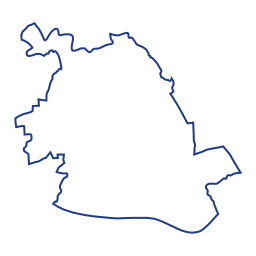 outline of Go Cong Tay, Tiền Giang, Vietnam
{"feature_id": "81297802B95643835690721", "entity_name": "Go Cong Tay", "entity_type": "district", "adm_level": 2, "iso_a3": "VNM", "parent_name": "Vietnam", "parent_adm1": "Tiền Giang", "projection": "orthographic", "projection_center": [106.581, 10.355], "detail": "fine", "context": "isolated", "style": "outline", "palette": "blue", "viewbox_px": 256, "rotation_deg": 0, "n_neighbors": 0, "source": "geoboundaries", "source_scale": "gbopen_adm2", "svg_char_len": 5530}
<svg xmlns="http://www.w3.org/2000/svg" viewBox="0 0 256 256"><path d="M21.2,35.1L21.4,36.8L21.5,38.2L21.6,38.9L22.0,40.0L23.3,40.3L24.3,40.7L27.1,42.2L28.4,43.2L29.4,44.0L31.3,46.2L32.4,47.4L32.4,47.6L32.3,47.8L27.7,50.9L27.3,51.3L27.0,51.7L26.8,52.2L26.6,53.2L26.6,53.7L26.9,54.7L27.2,55.2L27.7,55.7L28.3,55.9L28.9,56.0L30.2,55.8L31.6,55.6L35.8,54.1L37.4,53.9L39.4,53.9L41.0,54.3L42.1,54.8L43.4,55.6L44.1,55.9L44.4,55.6L44.7,55.1L46.0,54.4L46.9,53.5L47.1,53.4L48.3,53.6L48.7,53.1L48.9,52.2L49.2,51.7L49.4,51.4L50.1,50.8L50.5,50.6L52.2,50.5L52.4,50.4L53.4,52.1L55.3,51.2L56.6,52.4L57.4,53.6L58.2,54.9L58.9,56.7L59.9,60.0L60.6,63.4L61.3,67.9L61.2,69.0L60.3,68.8L60.0,68.8L59.1,69.2L58.8,69.5L58.2,70.6L56.7,71.7L55.8,72.9L55.2,73.2L54.5,73.5L53.9,73.8L53.2,75.1L52.6,75.7L52.4,76.3L52.4,77.0L52.6,77.8L52.6,78.5L50.5,82.5L48.5,90.2L46.9,93.0L46.5,95.2L46.4,100.5L43.3,100.2L38.5,99.4L38.9,105.7L32.9,106.0L32.5,111.1L30.5,112.1L27.7,113.0L24.6,113.8L22.3,114.5L18.4,116.4L16.2,117.8L15.4,118.5L15.4,119.6L15.5,121.9L16.2,127.1L21.4,126.1L22.8,126.0L23.9,126.0L24.1,126.2L24.2,126.6L24.3,127.2L24.5,134.5L28.3,134.3L29.2,134.2L30.0,134.2L30.4,134.3L30.8,134.5L31.1,134.9L31.3,135.6L31.5,137.0L31.5,138.4L31.3,139.7L31.0,140.1L30.5,140.5L29.7,140.9L27.2,142.0L26.9,142.3L26.7,142.6L26.5,143.1L26.5,144.4L26.2,146.0L25.9,146.4L25.4,147.1L24.2,148.0L23.9,149.0L23.8,150.1L24.3,151.2L28.5,154.1L28.6,157.6L29.0,164.1L29.6,164.0L31.5,163.3L32.5,163.1L34.8,162.2L36.9,161.9L38.1,161.5L39.8,160.8L42.6,159.1L44.1,158.3L44.9,158.2L45.7,158.0L50.4,152.3L53.2,158.2L57.8,158.0L57.6,154.5L63.9,154.5L63.5,158.7L63.4,159.2L63.3,159.8L63.7,161.1L64.4,162.9L61.6,165.2L59.4,166.9L58.7,167.6L58.1,168.5L56.6,172.0L59.2,172.7L61.4,173.2L63.5,173.4L67.0,173.5L67.3,175.0L67.2,176.1L67.1,176.4L66.7,176.9L64.5,177.8L64.1,178.1L63.9,178.4L62.9,180.0L62.3,180.6L61.3,183.1L60.7,184.2L60.1,185.3L59.9,185.9L59.9,186.8L60.1,187.7L61.1,190.5L61.2,191.2L61.1,191.9L60.6,192.6L58.5,194.6L57.8,195.9L57.5,197.3L57.6,199.0L57.5,199.5L56.7,201.7L55.5,201.5L54.0,202.7L53.2,203.8L57.3,206.4L63.4,209.4L71.7,212.2L78.5,213.8L85.2,215.1L93.6,216.3L102.4,217.2L114.7,218.3L118.6,218.4L123.9,218.1L127.2,218.0L136.0,217.8L139.6,217.9L147.9,217.9L152.6,218.5L154.9,218.9L157.3,219.7L162.4,221.6L165.6,223.1L177.9,228.9L182.0,230.6L184.2,231.3L187.0,232.0L189.3,232.4L190.7,232.6L193.0,232.6L195.2,232.4L196.7,232.1L199.1,231.5L201.0,230.7L203.3,229.0L207.2,225.7L210.1,222.7L218.2,213.9L217.0,211.5L214.0,203.8L213.9,202.3L213.7,201.9L213.5,201.5L212.3,200.3L211.6,199.4L211.0,198.0L210.8,197.1L210.5,196.4L210.3,196.1L209.5,195.6L207.9,194.8L207.7,194.5L207.4,193.7L207.6,192.1L207.7,190.6L207.6,190.3L206.3,188.3L206.0,187.8L206.0,186.3L206.4,185.5L207.3,184.6L207.7,184.3L209.1,183.8L209.7,183.7L212.5,183.7L216.1,183.8L216.8,183.6L217.4,183.4L218.9,182.3L223.7,178.4L224.2,178.4L225.6,178.8L225.8,178.8L226.0,178.6L226.4,178.1L226.7,176.8L227.2,176.0L227.7,175.5L228.4,175.1L228.8,175.1L230.0,175.4L231.0,175.4L231.4,175.3L233.0,174.1L233.8,173.8L235.1,173.4L236.5,173.2L238.5,172.9L240.0,172.9L240.6,172.7L239.0,170.1L231.6,157.6L231.3,157.1L231.3,156.8L230.9,156.2L229.3,153.7L223.2,146.4L218.7,147.4L208.3,149.3L205.9,150.0L203.5,151.3L202.6,151.6L194.2,154.5L194.5,151.3L194.5,149.5L194.5,148.4L194.8,147.1L195.0,145.4L194.9,144.0L194.5,142.8L194.3,142.4L194.1,141.6L193.8,140.1L193.6,132.0L193.2,122.6L189.9,123.1L187.5,123.3L182.2,113.4L178.2,106.2L172.7,97.2L170.3,93.8L173.3,91.6L173.2,90.6L172.4,89.0L172.1,87.8L172.3,87.1L173.0,86.1L173.6,83.9L173.6,83.0L173.4,81.8L172.9,80.5L171.6,78.5L171.4,79.3L170.6,80.3L170.1,80.7L169.6,81.0L169.4,81.0L168.6,80.3L167.9,80.0L165.7,79.7L164.8,79.3L163.0,77.8L162.2,77.6L161.7,77.5L161.4,77.4L160.9,76.0L160.2,73.4L160.9,72.5L161.3,71.7L161.4,71.2L161.3,70.5L161.0,69.6L159.5,67.5L158.5,65.8L157.8,64.3L157.5,63.8L156.0,62.0L153.0,58.7L152.4,58.2L151.6,57.7L150.6,57.6L150.4,57.3L150.6,56.7L150.4,56.2L148.8,55.4L148.7,55.2L148.5,54.7L148.7,53.8L148.7,53.4L147.1,51.3L146.8,50.9L146.6,50.3L146.3,49.7L143.5,47.5L142.7,47.1L137.3,44.7L136.5,44.0L135.6,42.9L135.0,41.7L133.3,39.4L132.8,38.6L132.1,37.9L131.6,37.6L131.0,37.5L130.6,37.5L130.1,37.8L129.6,37.9L129.3,37.8L128.9,37.4L128.6,36.9L128.5,36.2L128.4,34.4L128.3,33.8L128.2,33.5L128.0,33.3L127.5,33.0L127.2,32.9L126.3,32.9L123.3,33.7L119.2,35.2L117.5,35.4L117.0,35.4L114.2,35.0L111.5,34.2L110.4,34.0L109.7,33.2L110.4,35.2L110.5,37.7L110.6,38.2L110.9,38.9L112.6,41.6L112.8,42.2L112.8,42.9L112.7,43.1L112.5,43.3L112.3,43.5L111.1,44.0L106.5,45.0L105.4,45.4L100.6,47.7L99.0,48.3L98.4,48.5L95.2,48.7L94.0,48.9L93.4,49.2L92.8,49.5L91.0,51.5L90.5,51.9L90.1,52.0L89.6,52.1L89.0,52.0L88.4,51.8L87.9,51.5L87.4,51.1L86.2,49.7L85.6,49.1L84.6,48.4L84.1,48.3L82.0,48.3L81.1,48.4L80.3,48.6L77.1,50.0L75.9,50.4L74.6,50.7L73.7,50.7L72.9,50.6L72.6,50.5L72.3,50.2L71.9,49.6L71.8,49.1L71.7,48.3L71.7,46.2L72.4,42.6L73.0,39.1L72.9,37.2L72.6,36.3L72.5,36.1L72.1,35.6L71.5,35.1L70.8,34.7L70.4,34.5L69.5,34.4L66.0,34.3L63.6,34.5L62.6,34.7L61.1,35.2L60.3,35.2L59.5,35.1L59.1,34.8L58.7,34.0L58.2,30.9L57.9,29.8L57.8,29.5L57.5,29.2L57.0,28.9L56.5,28.7L55.9,28.7L55.5,28.8L54.0,29.6L53.1,30.2L52.1,31.2L51.1,32.2L49.2,34.9L48.1,36.7L47.4,38.0L46.8,38.9L46.2,39.6L45.2,40.3L44.8,40.3L44.5,40.0L44.1,39.6L43.9,39.3L42.4,35.6L40.1,31.0L38.9,29.0L38.0,27.7L36.7,26.5L36.0,25.6L35.6,24.9L35.1,23.8L34.7,23.5L34.4,23.4L34.1,23.4L33.5,23.6L31.7,24.6L28.6,25.7L28.1,26.1L27.0,27.2L26.1,28.4L23.0,31.3L22.6,31.8L22.4,32.1L21.6,34.6L21.2,35.1Z" fill="none" stroke="#1e3a8a" stroke-width="2"/></svg>